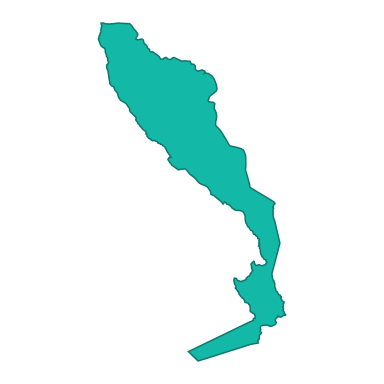 the district of Akrahreppur, Norðurland vestra, Iceland
{"feature_id": "244011B74034306834774", "entity_name": "Akrahreppur", "entity_type": "district", "adm_level": 2, "iso_a3": "ISL", "parent_name": "Iceland", "parent_adm1": "Norðurland vestra", "projection": "orthographic", "projection_center": [-18.727, 65.238], "detail": "fine", "context": "isolated", "style": "filled", "palette": "teal", "viewbox_px": 384, "rotation_deg": 0, "n_neighbors": 0, "source": "geoboundaries", "source_scale": "gbopen_adm2", "svg_char_len": 6011}
<svg xmlns="http://www.w3.org/2000/svg" viewBox="0 0 384 384"><path d="M188.4,351.6L198.1,361.0L250.8,344.3L258.3,343.0L257.8,340.7L259.2,339.1L259.4,338.4L259.3,336.8L259.1,336.4L259.3,335.6L261.3,333.2L261.5,332.7L261.0,332.0L260.1,331.5L260.5,330.8L260.2,330.2L260.8,329.3L260.3,328.1L260.4,326.9L261.0,326.0L263.0,325.3L267.7,325.1L269.0,325.9L270.4,326.4L271.5,326.3L274.8,324.7L275.8,323.8L276.3,322.5L275.5,321.0L275.3,320.2L275.5,319.2L276.6,317.7L277.4,317.2L277.2,316.7L277.7,316.1L278.2,315.9L278.6,316.7L279.5,316.7L280.1,317.1L281.3,317.0L282.7,316.1L283.0,315.5L285.5,315.2L285.6,314.6L284.5,313.5L284.1,312.6L284.1,312.0L283.1,310.7L283.1,310.1L283.5,309.7L283.3,309.3L283.5,308.5L282.8,307.5L282.7,306.9L283.2,306.6L283.4,306.0L283.3,304.3L284.0,302.9L284.1,302.1L283.8,301.7L281.8,300.8L281.7,300.3L281.8,300.0L281.7,299.5L281.0,298.9L280.8,298.3L281.5,297.0L281.3,296.6L280.3,296.0L280.2,295.5L279.9,294.9L279.2,295.0L278.7,294.6L278.2,293.6L277.7,293.3L277.3,291.8L276.0,290.9L275.5,288.5L275.2,288.3L275.1,287.4L274.8,286.8L274.8,284.3L274.6,283.1L274.0,281.9L273.9,280.8L273.6,280.3L272.7,279.6L271.9,273.7L272.1,273.0L279.9,243.1L274.6,220.6L273.2,217.0L273.1,209.2L273.6,208.3L273.5,208.0L272.8,207.3L273.9,204.9L274.4,204.1L274.9,203.9L275.0,203.4L274.5,202.4L271.2,200.2L249.9,187.4L249.6,184.3L245.4,169.4L245.7,167.9L245.9,163.7L245.7,156.5L245.4,155.0L243.9,150.9L243.0,149.8L241.1,148.7L237.4,147.5L230.8,146.1L229.4,145.4L225.4,138.5L220.9,131.1L215.6,125.3L215.6,122.8L215.8,121.5L216.4,118.9L216.6,116.9L216.5,115.1L216.1,112.7L215.6,111.2L214.8,109.9L214.3,108.5L214.3,107.1L214.5,106.2L214.3,105.6L214.7,104.7L214.8,103.6L212.8,102.1L211.0,102.3L209.4,101.7L208.9,101.8L208.1,100.6L208.4,100.1L208.6,99.3L208.9,98.4L209.0,97.6L210.0,96.2L215.7,91.5L216.4,90.7L216.9,89.4L216.9,88.3L216.3,84.7L215.2,81.6L213.8,78.5L211.9,75.9L208.1,73.4L206.1,73.2L205.7,72.9L204.7,73.3L205.1,72.8L205.0,72.5L205.1,71.7L204.9,71.2L202.0,69.9L199.0,71.0L197.0,70.9L195.3,69.3L195.2,67.8L195.3,66.1L195.2,65.9L193.9,64.4L191.2,63.9L190.9,63.6L190.3,61.5L189.7,61.1L187.9,61.3L185.3,60.7L181.8,61.2L174.1,57.5L173.0,57.7L170.4,59.6L167.9,59.0L166.6,57.7L166.0,57.4L164.6,57.8L162.4,59.4L160.8,59.0L160.0,58.2L159.5,57.0L158.8,56.2L152.9,51.9L152.3,51.7L150.7,52.1L150.0,51.6L149.8,51.2L149.6,49.8L149.3,49.3L147.9,48.4L146.5,45.4L144.1,43.2L143.4,40.3L142.6,39.3L141.6,39.1L137.8,39.8L136.2,39.4L136.0,39.1L136.0,38.2L137.6,35.3L137.8,34.4L137.6,33.7L135.6,30.7L134.0,29.2L131.5,25.4L129.7,23.7L118.1,23.1L109.7,24.0L105.4,23.8L104.0,23.2L101.1,23.0L101.1,24.0L101.8,25.4L101.7,26.4L101.3,27.2L101.3,28.7L100.9,29.6L101.0,31.5L100.9,32.2L100.0,33.3L100.0,34.9L99.2,35.6L99.0,37.1L98.4,39.0L100.4,44.7L101.3,46.0L102.2,47.0L104.8,48.5L105.3,50.7L105.3,52.1L106.5,55.4L106.5,56.5L107.7,58.0L107.8,58.5L107.5,59.5L107.9,60.9L108.3,62.0L108.4,62.8L108.1,63.5L106.6,65.1L106.6,65.3L106.9,65.9L106.6,67.3L106.9,68.4L107.9,70.5L109.9,83.9L111.7,85.9L114.0,87.0L114.0,88.0L114.7,89.0L115.0,90.4L117.1,92.4L118.7,97.6L120.5,100.3L125.2,102.9L126.4,104.0L128.6,107.3L129.5,108.3L129.6,108.5L129.5,109.8L129.9,111.1L130.7,112.4L132.0,113.3L134.6,116.2L135.4,116.4L136.2,118.6L135.9,119.4L135.8,119.9L136.3,120.8L137.3,121.8L138.0,123.6L139.2,124.6L140.5,126.8L141.5,127.4L142.1,128.6L144.1,130.4L146.0,131.7L146.1,132.6L145.9,133.9L146.1,134.2L146.8,134.2L147.0,136.3L147.5,136.7L148.4,138.0L149.4,138.8L150.4,138.8L151.2,140.1L151.9,140.2L152.3,140.7L154.2,140.5L156.1,141.4L156.9,141.4L158.3,143.4L159.9,143.4L160.5,144.4L162.1,144.6L162.8,145.6L164.8,146.9L165.6,148.8L166.3,149.2L166.4,150.1L167.4,152.1L168.1,152.7L168.5,153.9L169.5,154.5L169.9,155.8L171.2,157.3L170.5,157.7L169.6,157.5L168.4,158.3L168.3,158.9L167.9,159.6L169.4,161.8L169.6,162.4L170.9,163.6L171.8,165.2L178.4,169.8L184.7,168.8L186.0,169.5L187.1,170.7L190.0,174.4L193.6,177.0L195.8,179.1L197.8,181.6L199.4,183.1L201.5,184.3L204.2,185.2L207.1,186.8L208.1,187.9L210.3,191.2L210.9,193.1L211.0,194.5L213.6,195.4L221.5,201.9L223.1,204.1L224.8,201.9L225.7,202.6L226.9,204.2L228.4,204.5L230.7,206.2L232.1,208.1L233.3,208.8L234.7,209.9L236.0,210.4L240.1,210.5L242.8,211.6L244.2,213.4L244.4,214.5L245.0,215.2L245.1,215.8L245.1,217.2L245.2,219.5L245.5,220.9L245.6,222.1L246.0,223.2L246.7,224.1L247.1,225.3L247.9,226.7L248.9,227.5L250.6,230.2L251.9,230.7L253.0,232.0L253.2,233.5L253.5,234.0L254.0,234.4L255.3,234.3L255.7,235.6L257.6,236.8L257.7,238.5L259.3,239.1L259.4,239.5L258.9,240.4L259.0,241.4L258.9,242.3L259.5,243.1L258.9,243.6L258.8,244.1L259.8,245.3L259.6,245.7L258.8,245.8L258.5,246.1L259.3,246.8L259.6,247.7L259.6,248.5L260.5,249.9L260.2,251.0L260.3,251.4L260.6,252.8L260.9,253.2L260.9,254.6L261.7,255.5L261.9,256.7L262.9,257.3L264.2,259.4L266.0,259.9L266.0,261.1L266.6,262.4L266.6,262.8L265.9,263.4L265.9,263.9L265.2,264.7L262.3,265.6L261.2,265.7L259.0,264.6L257.3,265.3L256.0,265.4L255.8,265.3L255.0,264.2L254.3,262.9L254.3,262.5L254.5,262.2L254.4,261.7L253.8,261.3L253.1,262.0L252.6,262.2L252.4,262.6L251.8,263.1L251.5,263.7L251.0,264.0L251.3,265.7L251.7,267.1L251.5,267.8L251.8,268.9L252.8,270.5L252.4,270.7L251.6,272.4L251.2,272.6L250.4,274.0L250.0,274.3L250.0,275.0L249.4,275.7L248.8,276.2L247.9,276.5L247.2,277.5L246.2,278.1L246.1,278.3L246.4,279.2L246.3,279.4L244.9,280.2L243.5,280.4L242.1,281.2L241.9,281.6L240.9,281.3L240.4,281.5L238.6,280.6L237.6,280.5L236.8,279.6L236.7,278.8L234.7,278.0L234.2,278.3L234.2,279.5L233.8,280.0L234.2,282.2L234.5,282.4L234.3,283.2L234.9,284.5L236.0,286.3L235.8,287.3L235.4,287.7L235.3,288.3L236.1,288.8L236.8,290.0L237.3,290.2L237.9,291.6L238.8,292.3L239.0,294.1L239.3,294.7L239.9,295.1L240.9,296.6L241.7,297.2L242.2,298.0L243.5,298.7L244.2,299.8L244.6,301.0L244.6,301.6L245.0,302.3L248.4,303.3L248.7,304.4L250.0,305.3L250.0,306.8L250.3,308.7L250.1,310.2L250.2,311.5L250.6,311.9L251.8,312.1L252.5,313.2L253.6,313.5L254.2,313.9L254.9,315.6L255.4,316.0L255.0,317.2L255.1,318.3L253.5,318.4L253.2,319.6L253.4,320.5L250.4,321.6L188.4,351.6Z" fill="#14b8a6" stroke="#0f766e" stroke-width="1.5"/></svg>